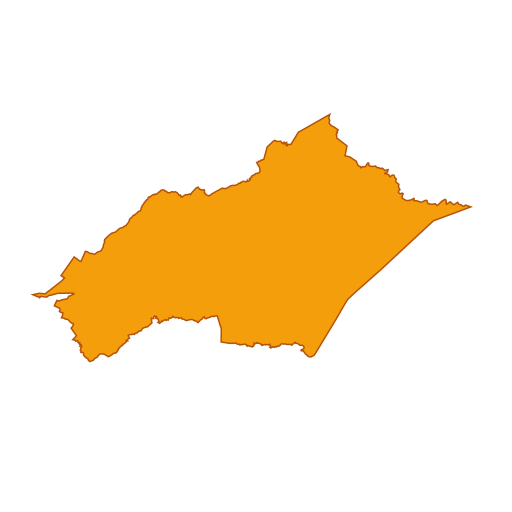 Chu Prong, Gia Lai, Vietnam, rotated 231°
{"feature_id": "81297802B50675624734559", "entity_name": "Chu Prong", "entity_type": "district", "adm_level": 2, "iso_a3": "VNM", "parent_name": "Vietnam", "parent_adm1": "Gia Lai", "projection": "equal_earth", "projection_center": [107.843, 13.593], "detail": "fine", "context": "isolated", "style": "filled", "palette": "amber", "viewbox_px": 512, "rotation_deg": 231, "n_neighbors": 0, "source": "geoboundaries", "source_scale": "gbopen_adm2", "svg_char_len": 6076}
<svg xmlns="http://www.w3.org/2000/svg" viewBox="0 0 512 512"><g transform="rotate(231 256 256)"><path d="M358.9,89.2L359.3,68.3L363.4,64.1L366.4,58.2L361.5,60.8L361.1,61.7L359.7,61.6L360.0,63.4L356.1,67.1L355.6,68.1L355.8,69.8L354.0,73.0L353.9,74.1L353.2,74.8L352.0,78.1L343.4,89.1L342.1,90.5L341.2,90.8L341.0,90.2L341.5,89.2L341.8,86.9L342.6,85.1L341.8,83.5L341.7,82.0L344.2,77.4L344.8,74.7L346.8,73.4L344.2,67.9L338.7,70.6L337.1,69.5L336.6,68.3L334.9,68.9L333.6,70.2L331.3,68.0L330.4,65.9L328.4,67.8L327.3,67.9L325.1,69.8L320.7,70.2L318.0,71.4L316.7,69.3L316.3,66.9L307.0,66.3L306.3,61.0L304.7,62.3L303.1,62.3L302.7,64.0L301.9,64.1L301.2,63.4L300.2,63.3L299.8,64.5L299.4,64.6L298.6,63.3L297.5,63.9L297.0,62.8L296.8,63.9L296.2,63.1L295.4,63.6L295.4,63.0L294.6,61.7L293.1,60.0L291.7,60.1L291.2,59.3L290.1,60.6L289.1,60.8L287.5,59.7L285.5,59.6L283.5,60.0L282.2,60.7L280.3,60.1L278.6,60.4L277.3,64.0L277.8,65.9L277.3,69.5L277.9,70.8L278.1,72.9L276.7,75.0L274.9,76.4L270.6,77.9L269.9,81.8L270.0,83.8L269.4,85.4L268.8,85.9L269.1,88.3L269.7,89.0L269.7,90.1L270.6,90.7L270.4,92.3L271.0,93.3L270.5,96.0L271.4,96.6L270.9,97.4L270.8,100.7L271.8,101.6L270.7,102.8L272.1,103.3L271.7,106.0L274.3,106.5L274.8,106.9L274.1,108.9L273.2,109.9L272.8,111.1L271.5,112.2L272.0,113.6L271.2,114.6L271.0,116.3L271.5,117.3L270.2,119.3L271.1,122.3L270.2,125.4L269.2,127.1L269.5,133.0L273.5,135.4L271.7,137.0L272.9,138.1L273.2,139.4L271.5,140.6L270.4,139.8L271.0,139.2L270.8,138.9L268.7,140.2L266.3,139.4L266.1,138.0L264.2,138.8L264.6,139.8L264.3,141.0L264.7,141.9L264.0,142.1L263.8,145.4L262.5,145.6L262.4,146.7L261.4,147.5L262.5,149.5L261.3,150.4L261.3,151.6L260.9,152.5L261.4,153.4L259.3,154.0L257.3,156.5L256.0,156.8L255.3,159.0L253.7,158.8L252.3,160.1L249.8,161.0L247.7,165.4L246.3,166.9L244.7,167.1L244.1,168.1L243.4,168.2L242.4,169.0L241.6,168.7L240.7,169.1L241.2,172.3L240.9,174.1L241.4,176.2L241.3,177.5L239.4,177.1L238.6,177.8L238.5,179.0L237.9,180.2L236.7,184.2L235.6,184.9L235.2,186.3L233.8,188.2L221.1,183.1L211.1,174.8L204.4,180.8L203.2,182.7L201.9,183.9L201.1,185.7L199.9,185.7L198.4,186.6L197.9,187.5L197.0,187.5L196.5,188.9L195.8,189.2L194.9,191.6L192.8,192.8L192.4,192.4L191.9,192.8L191.4,192.5L191.1,193.6L187.9,195.6L187.5,197.1L188.2,197.2L188.0,198.8L189.5,199.7L188.2,200.4L188.0,202.2L187.3,202.1L186.7,203.1L185.0,204.3L184.0,204.1L183.3,204.8L182.7,204.5L181.8,207.1L180.7,207.6L180.7,208.5L178.7,210.0L178.8,211.0L176.7,210.7L176.4,209.2L175.2,209.7L174.7,212.4L173.6,212.5L173.3,213.9L172.6,214.3L172.6,215.7L171.5,216.7L171.7,217.8L171.4,218.6L171.7,219.8L171.4,221.2L170.3,221.8L169.4,223.4L168.0,224.1L165.4,227.5L164.2,227.6L164.4,231.3L164.2,232.2L163.2,231.9L162.0,233.2L158.8,234.0L157.8,235.6L156.4,236.2L155.1,236.1L154.0,235.0L154.0,234.0L154.6,232.3L154.2,231.5L153.5,231.7L152.8,233.0L149.0,232.8L144.7,233.5L142.9,235.3L142.3,238.8L143.6,242.8L156.3,278.0L163.4,296.4L164.6,300.3L165.4,311.5L166.8,344.1L171.7,416.0L159.0,453.8L163.6,451.0L163.9,448.7L164.3,448.3L166.7,447.5L168.8,446.1L170.2,446.5L170.9,446.3L171.3,442.3L172.3,441.6L175.7,441.1L176.0,440.8L176.2,437.3L176.6,436.6L179.6,438.7L180.7,438.8L181.2,438.0L181.6,434.8L181.1,429.7L181.3,428.4L183.8,428.2L185.4,425.4L188.0,423.0L189.9,422.8L191.3,423.7L191.9,423.6L192.7,422.6L193.6,418.8L194.2,417.9L197.9,415.6L199.5,413.6L200.8,414.9L201.5,414.9L201.8,412.3L203.4,409.0L204.9,407.5L208.9,406.0L210.3,406.9L211.9,409.6L213.0,409.1L213.5,407.2L215.6,406.6L216.6,407.7L217.1,409.7L219.7,410.0L221.8,412.1L225.4,411.3L226.5,412.0L227.6,413.5L229.7,413.2L231.8,414.1L233.1,412.9L233.3,409.8L235.4,410.3L237.1,409.7L238.9,408.0L239.2,408.5L238.6,411.3L240.0,413.0L241.5,409.9L244.4,409.6L245.1,409.0L245.4,407.8L247.5,407.0L248.1,405.9L250.8,405.4L251.7,403.6L253.9,401.2L255.8,400.8L256.9,402.0L257.8,401.7L257.9,401.0L256.8,398.1L256.7,396.8L258.3,395.3L258.6,393.0L259.9,393.4L260.6,392.6L261.8,392.7L262.4,392.2L266.5,393.6L274.0,391.2L277.9,388.3L284.3,396.0L297.0,393.0L298.9,394.6L299.9,394.7L300.7,396.9L301.8,396.8L301.8,398.1L302.3,399.2L307.3,397.8L309.3,396.7L312.6,396.3L313.5,396.6L315.1,398.7L317.4,399.3L319.6,402.5L325.5,366.8L320.7,353.3L322.6,351.1L322.6,350.5L322.1,349.8L322.8,349.0L323.5,349.4L323.9,350.6L325.0,351.3L325.5,348.4L326.7,349.4L327.2,347.3L329.7,347.4L331.8,344.3L332.8,344.1L334.2,343.1L334.3,341.3L333.7,333.3L326.2,322.9L326.8,321.6L326.7,320.8L327.4,320.1L327.1,318.8L328.1,317.5L327.6,316.6L328.2,315.6L327.4,315.6L327.0,315.0L323.0,314.6L319.3,312.7L319.2,311.6L318.7,311.0L319.1,310.2L319.0,309.3L319.8,308.7L320.4,307.2L320.0,306.3L320.5,305.0L320.3,304.3L320.9,303.6L320.5,302.1L319.9,301.9L320.2,299.6L319.7,299.1L319.1,299.5L318.8,299.0L318.9,297.1L319.5,296.6L320.3,296.8L319.7,295.8L319.8,295.0L322.0,293.3L322.4,292.5L322.4,291.2L322.8,290.5L322.5,289.3L323.3,288.7L323.3,286.3L324.0,284.2L325.4,282.6L326.5,280.3L326.9,277.1L327.6,274.6L330.0,272.4L332.1,260.8L332.1,257.6L334.8,255.8L336.6,256.0L337.1,255.6L338.0,255.9L339.3,257.3L340.2,257.3L341.7,255.0L343.0,254.7L343.4,254.1L345.9,254.4L346.5,252.3L345.6,245.8L344.9,243.7L346.0,243.5L346.5,241.9L348.0,239.7L348.3,238.2L348.3,235.5L349.3,234.8L350.1,235.6L351.1,235.6L351.3,234.8L351.9,234.5L354.5,234.6L356.7,233.8L357.1,232.6L358.3,231.8L359.1,230.6L359.3,229.3L360.0,228.0L361.4,226.9L362.1,227.2L363.3,226.8L363.6,226.2L365.1,226.1L366.1,225.1L366.9,223.5L366.5,221.4L366.8,220.9L366.6,217.5L367.4,216.8L367.6,215.6L368.0,215.6L368.6,214.0L368.6,210.3L369.3,210.1L369.2,209.1L368.5,208.1L368.3,206.7L368.6,206.3L368.2,205.5L368.3,204.7L367.8,204.1L367.9,202.9L367.2,201.6L366.7,199.0L365.7,197.9L365.7,197.1L364.6,196.0L363.9,194.6L364.5,193.1L364.2,187.2L364.8,186.6L364.2,183.5L364.2,180.9L363.3,180.0L362.3,177.7L361.5,173.8L361.9,172.7L362.0,170.7L363.3,167.2L363.0,162.1L364.6,157.9L364.6,154.3L364.1,148.9L363.1,147.5L362.0,147.2L360.9,144.7L359.1,142.8L357.5,138.7L358.8,135.1L358.8,132.3L359.4,131.0L361.2,130.2L362.5,128.6L365.6,127.5L367.0,126.3L361.9,116.6L363.4,115.7L369.7,114.1L363.4,92.1L359.5,93.4L358.9,89.2Z" fill="#f59e0b" stroke="#b45309" stroke-width="1.5"/></g></svg>